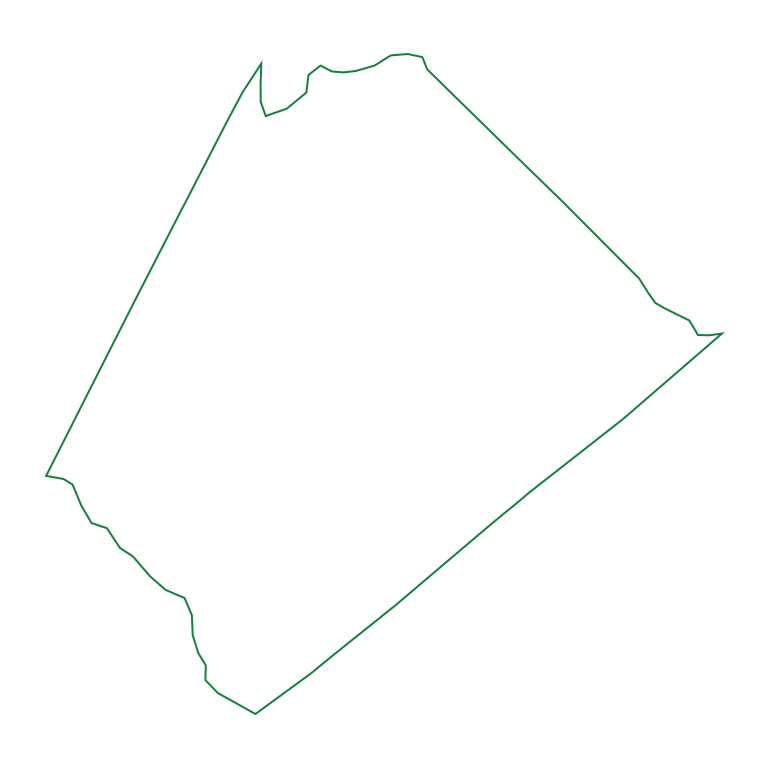 outline of Treze de Maio, Santa Catarina, Brazil
{"feature_id": "56859067B60832354753392", "entity_name": "Treze de Maio", "entity_type": "district", "adm_level": 2, "iso_a3": "BRA", "parent_name": "Brazil", "parent_adm1": "Santa Catarina", "projection": "equal_earth", "projection_center": [-49.155, -28.57], "detail": "fine", "context": "isolated", "style": "outline", "palette": "green", "viewbox_px": 768, "rotation_deg": 0, "n_neighbors": 0, "source": "geoboundaries", "source_scale": "gbopen_adm2", "svg_char_len": 875}
<svg xmlns="http://www.w3.org/2000/svg" viewBox="0 0 768 768"><path d="M721.9,333.6L708.8,335.3L698.0,335.0L689.3,320.5L675.1,313.5L664.7,308.4L655.4,303.0L648.4,293.1L639.3,278.7L560.3,199.4L551.8,191.2L514.1,154.5L457.7,99.3L427.2,69.3L422.3,57.1L407.7,54.0L390.8,55.4L374.5,65.6L355.8,71.0L343.5,72.4L331.9,71.5L320.6,65.6L308.5,74.9L306.4,92.5L286.9,108.6L265.7,116.0L260.7,101.8L260.6,83.7L261.3,63.6L242.8,91.9L227.2,121.1L189.5,194.4L180.1,212.5L134.2,301.9L46.1,475.9L63.5,479.0L72.6,484.6L81.3,505.6L91.6,523.1L106.9,528.2L120.0,548.0L133.0,556.5L141.2,566.1L150.5,576.8L165.6,589.9L184.6,598.1L191.9,615.3L192.7,635.1L198.2,652.9L205.8,665.4L205.4,680.1L217.9,693.1L236.3,703.3L255.4,714.0L310.7,673.6L330.4,657.4L350.1,641.6L394.6,606.0L486.3,528.2L502.6,514.6L516.2,503.6L528.9,492.8L622.7,419.3L721.9,333.6Z" fill="none" stroke="#15803d" stroke-width="2"/></svg>